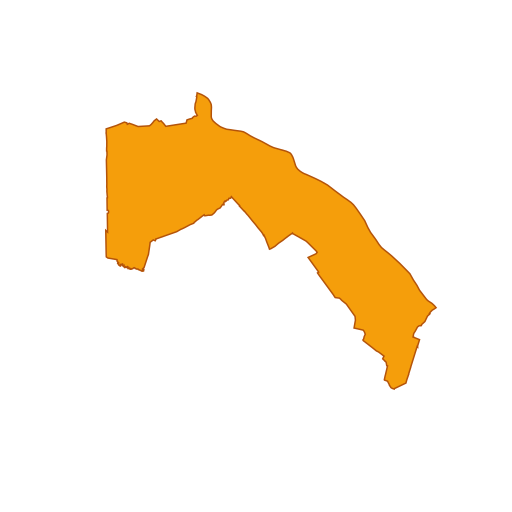 outline of Līksnas pag., Daugavpils, Latvia, rotated 150°
{"feature_id": "27541924B33833880746459", "entity_name": "Līksnas pag.", "entity_type": "district", "adm_level": 2, "iso_a3": "LVA", "parent_name": "Latvia", "parent_adm1": "Daugavpils", "projection": "orthographic", "projection_center": [26.497, 56.013], "detail": "fine", "context": "isolated", "style": "filled", "palette": "amber", "viewbox_px": 512, "rotation_deg": 150, "n_neighbors": 0, "source": "geoboundaries", "source_scale": "gbopen_adm2", "svg_char_len": 5856}
<svg xmlns="http://www.w3.org/2000/svg" viewBox="0 0 512 512"><g transform="rotate(150 256 256)"><path d="M292.8,316.0L291.6,316.1L289.4,316.6L288.2,316.6L282.7,317.4L280.3,317.6L280.4,316.6L279.5,316.1L276.7,315.1L275.7,314.4L273.7,313.6L270.9,314.1L268.9,314.8L267.5,315.5L266.2,315.8L262.8,315.6L262.3,315.9L260.7,316.6L259.1,317.4L258.7,317.3L258.5,317.0L258.5,316.6L258.4,316.4L258.2,316.3L257.9,316.6L257.2,318.3L256.9,318.6L256.5,318.7L255.6,318.4L255.4,318.5L255.4,319.1L255.0,319.1L254.4,318.5L253.9,318.6L253.0,319.0L252.2,318.6L251.8,318.5L251.4,318.8L250.9,319.4L250.8,319.5L250.3,319.4L249.3,318.8L248.9,318.8L247.7,319.7L245.5,309.8L245.1,308.6L245.0,307.7L245.4,307.6L243.8,300.6L243.6,300.6L243.0,296.8L242.6,295.2L241.6,288.5L240.7,283.5L240.4,281.2L240.2,279.6L239.3,274.6L239.1,272.8L239.1,270.7L239.2,270.1L238.7,270.2L239.0,266.3L239.6,263.1L240.5,257.1L240.9,255.2L240.2,255.1L239.9,254.9L234.8,254.9L230.1,255.8L224.8,256.2L222.4,256.6L217.7,257.2L212.9,257.6L213.1,256.9L212.7,256.6L210.5,252.9L205.3,244.1L204.6,242.1L201.4,230.4L201.2,228.6L202.9,227.9L211.6,228.7L209.9,212.3L209.8,210.7L211.2,210.6L210.9,206.8L210.5,203.3L208.4,183.9L208.3,181.4L208.2,180.4L204.8,177.8L204.3,176.4L204.1,175.4L203.7,174.1L201.8,169.2L200.4,154.2L202.0,150.7L207.1,144.6L200.3,138.3L200.0,136.6L200.5,133.6L202.5,132.2L204.2,130.4L205.4,129.8L205.4,129.7L205.4,129.0L201.2,118.8L199.2,113.6L197.9,111.7L195.2,105.3L196.3,104.6L197.7,103.6L197.0,101.2L197.0,100.9L196.9,100.9L196.4,98.9L197.6,95.7L197.0,95.1L203.1,88.6L204.2,87.5L206.1,85.4L206.8,84.6L206.6,84.0L206.4,83.9L206.0,83.4L204.7,81.8L204.9,77.8L205.1,77.5L204.9,74.5L204.7,74.1L204.1,73.1L202.9,71.7L202.7,72.0L189.7,71.0L187.3,73.4L182.7,77.4L182.6,77.7L177.6,82.3L177.5,82.5L161.7,97.1L161.5,96.4L161.0,97.3L156.2,101.8L159.8,106.4L159.7,106.5L160.5,107.3L158.2,110.0L157.6,110.3L155.5,111.4L151.6,113.8L149.8,114.0L149.3,113.9L148.0,113.1L147.5,113.1L147.0,113.8L142.5,114.8L137.6,118.2L137.3,118.3L136.8,118.4L134.9,118.8L134.3,119.0L134.6,119.5L133.2,120.2L130.3,121.0L128.2,121.0L125.9,121.2L126.3,123.6L126.9,125.7L127.4,127.2L129.3,130.9L129.8,132.4L130.1,133.8L131.5,144.6L131.3,150.2L131.7,156.5L131.6,163.7L132.4,166.9L135.2,177.7L138.5,188.3L140.1,192.7L141.7,196.7L143.1,200.6L143.7,204.5L144.0,210.0L144.5,214.8L145.0,219.2L144.9,224.9L144.2,232.2L144.7,239.6L145.4,247.6L146.0,251.7L147.0,255.0L149.0,259.5L150.7,262.9L154.9,272.7L158.6,281.7L162.4,288.2L165.4,292.7L166.6,294.4L171.7,301.5L173.1,303.2L174.5,305.5L175.5,307.6L176.4,310.2L176.7,312.6L176.6,314.3L175.0,321.4L174.7,323.2L174.6,325.9L174.7,327.0L174.9,328.0L175.5,329.0L177.4,331.6L185.7,340.1L186.7,341.2L189.0,344.4L193.7,352.2L198.6,359.3L200.9,363.0L202.9,366.8L204.1,368.8L204.7,369.7L205.6,370.6L206.8,371.7L212.0,375.7L215.1,378.2L218.0,380.4L219.9,382.6L221.8,385.1L222.6,386.4L224.5,390.8L225.6,394.3L225.7,395.7L225.7,396.8L225.5,398.0L225.0,399.2L222.1,404.1L220.3,406.9L219.5,408.5L219.0,409.8L218.7,411.9L218.8,415.3L219.1,416.8L220.7,420.2L222.4,423.0L225.4,426.7L227.2,424.4L227.8,424.1L227.6,423.7L228.1,422.9L230.9,419.6L231.9,418.8L232.7,418.0L235.0,414.7L235.7,413.2L236.0,411.9L236.4,410.8L236.5,408.8L236.5,407.1L238.1,407.0L239.3,407.9L241.7,407.6L242.1,407.2L242.3,407.1L244.8,407.8L247.7,408.4L250.1,406.0L269.3,413.4L269.8,417.1L270.2,418.5L270.6,420.5L272.6,420.9L273.6,424.4L275.7,424.1L276.3,424.1L279.0,423.0L280.0,422.7L280.7,422.4L283.0,422.0L283.8,422.3L293.4,427.1L297.2,431.8L299.4,434.3L301.6,434.4L301.3,435.9L303.1,437.8L305.9,438.1L311.6,438.8L322.2,441.0L323.6,438.5L324.3,437.5L324.2,437.4L324.4,437.1L325.8,434.1L328.0,429.7L330.4,425.6L331.3,424.3L332.9,421.6L332.7,421.3L334.5,418.0L337.5,414.1L346.1,398.4L347.5,396.0L349.1,393.1L350.7,390.5L351.8,388.2L352.8,386.6L354.5,383.0L355.2,381.3L355.6,380.7L356.0,380.8L362.0,370.1L361.4,369.9L361.2,368.8L361.7,367.7L362.6,367.0L363.5,367.2L372.6,350.9L373.3,353.3L384.4,333.3L386.1,330.1L385.3,328.3L378.2,322.4L378.8,321.2L378.7,321.1L378.6,320.9L378.8,320.7L378.6,319.4L378.4,319.2L378.3,318.9L378.4,318.6L378.6,318.4L378.9,318.5L379.0,318.6L378.9,318.9L378.9,319.0L379.1,319.1L379.4,319.0L379.5,318.9L379.5,318.7L379.4,318.3L379.3,317.5L379.3,317.2L379.4,316.9L379.1,316.4L378.6,316.2L378.9,316.1L378.8,315.4L378.4,315.1L378.1,315.6L377.8,315.7L377.7,316.2L377.4,316.4L377.0,316.3L376.6,315.7L376.5,315.3L376.2,315.4L375.9,315.9L375.6,315.9L375.5,315.7L375.9,314.9L376.1,314.8L376.4,314.8L376.5,314.7L376.4,314.4L375.6,314.4L375.3,314.0L374.9,313.9L375.2,313.5L375.4,313.5L375.6,313.6L375.7,313.9L376.0,313.8L376.0,313.2L375.7,312.8L375.7,312.5L375.6,312.2L375.6,311.9L375.6,311.7L375.1,311.5L374.8,311.6L374.6,312.0L374.4,312.0L374.3,311.8L374.1,310.9L373.5,310.8L373.4,311.1L372.7,311.2L372.4,311.1L372.3,310.9L372.7,310.6L372.9,310.6L373.0,310.5L372.9,310.0L373.0,309.9L373.1,309.5L372.5,309.6L372.4,309.5L372.5,309.3L372.6,309.2L372.7,308.9L372.3,308.4L371.9,308.7L371.9,308.4L372.0,308.2L371.8,307.9L371.5,308.2L371.0,308.0L370.9,307.8L371.2,307.5L371.3,307.3L371.2,307.2L370.5,306.9L370.0,306.9L369.7,307.0L369.2,306.6L368.7,306.7L368.5,306.8L368.2,306.9L367.3,306.8L367.0,306.4L367.0,306.1L366.9,305.6L366.6,305.5L366.3,305.0L366.3,304.8L366.2,304.6L365.6,304.2L364.8,303.8L364.7,303.7L364.8,303.5L364.8,303.3L364.7,303.0L364.2,302.6L364.0,302.2L363.6,301.9L363.5,301.5L362.6,300.4L362.5,300.0L362.3,299.8L361.1,299.3L360.7,299.3L360.6,299.5L361.1,299.7L361.2,299.9L361.1,300.2L361.1,300.4L361.1,300.5L360.7,300.6L360.1,300.2L359.9,300.4L360.0,300.6L360.5,300.9L361.1,301.0L360.8,301.5L360.7,301.6L360.2,301.6L359.5,301.7L359.1,302.0L358.8,301.9L350.0,309.8L348.5,311.0L343.1,317.8L340.8,320.8L336.9,321.3L335.7,319.6L334.4,320.4L334.3,320.8L312.5,316.7L307.8,316.7L306.5,316.5L303.8,316.3L298.3,316.1L297.5,316.1L293.5,315.5L292.8,316.0Z" fill="#f59e0b" stroke="#b45309" stroke-width="1.5"/></g></svg>